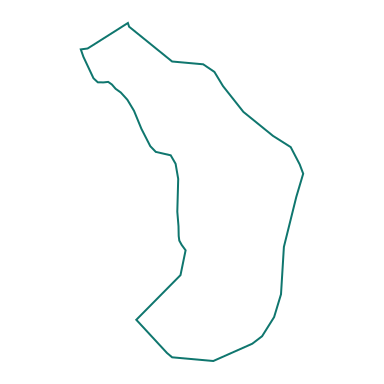 the border of Ravne na Koroškem
{"feature_id": "SVN-217", "entity_name": "Ravne na Koroškem", "entity_type": "Municipality", "adm_level": 1, "iso_a3": "SVN", "parent_name": "Slovenia", "parent_adm1": "", "projection": "mercator", "projection_center": [14.947, 46.552], "detail": "fine", "context": "isolated", "style": "outline", "palette": "teal", "viewbox_px": 384, "rotation_deg": 0, "n_neighbors": 0, "source": "natural_earth", "source_scale": "10m", "svg_char_len": 667}
<svg xmlns="http://www.w3.org/2000/svg" viewBox="0 0 384 384"><path d="M80.8,49.4L87.6,48.5L127.9,23.0L129.1,26.7L172.1,61.5L203.2,64.3L214.4,71.9L223.0,86.1L243.4,111.9L273.0,135.9L290.7,147.1L299.7,164.4L303.2,173.7L296.3,196.9L283.9,246.9L281.0,294.3L274.1,317.1L262.1,336.2L252.3,343.7L213.3,361.0L172.1,357.3L167.0,353.0L136.3,319.8L180.5,275.1L185.6,250.3L181.6,244.8L179.3,240.6L178.7,236.0L178.5,226.3L177.3,211.7L178.2,178.9L175.6,163.8L170.7,155.3L155.8,151.9L150.3,146.2L141.4,128.8L134.0,110.8L127.4,99.8L120.8,92.5L115.6,88.8L111.9,84.5L108.2,81.9L103.6,82.4L97.8,82.3L93.5,78.3L83.4,56.8L80.8,49.4Z" fill="none" stroke="#0f766e" stroke-width="2"/></svg>